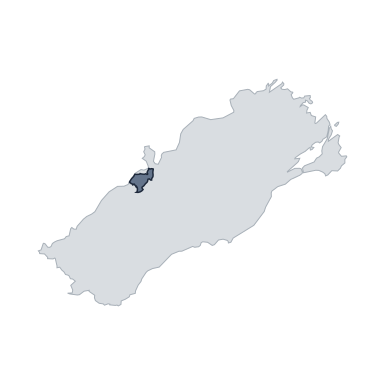 where Gaziantep sits in Turkey, rotated 146°
{"feature_id": "TUR-3016", "entity_name": "Gaziantep", "entity_type": "Province", "adm_level": 1, "iso_a3": "TUR", "parent_name": "Turkey", "parent_adm1": "", "projection": "robinson", "projection_center": [37.547, 37.105], "detail": "fine", "context": "in_parent", "style": "filled", "palette": "slate", "viewbox_px": 384, "rotation_deg": 146, "n_neighbors": 0, "source": "natural_earth", "source_scale": "10m", "svg_char_len": 4949}
<svg xmlns="http://www.w3.org/2000/svg" viewBox="0 0 384 384"><g transform="rotate(146 192 192)"><path d="M295.7,139.7L300.9,141.5L302.6,140.2L307.3,140.4L311.6,141.3L313.8,138.5L316.8,138.8L317.4,140.2L318.9,140.8L323.3,144.4L322.8,144.9L324.0,146.2L327.8,147.1L328.2,148.9L331.2,151.7L332.8,156.0L332.0,158.9L330.4,160.8L332.9,167.2L332.2,168.0L336.9,170.1L342.7,169.8L344.6,170.7L350.3,175.8L351.7,177.7L347.8,175.3L345.7,177.4L344.7,182.4L338.6,183.3L339.6,186.6L341.3,188.1L340.8,191.2L341.3,192.4L343.0,194.4L342.8,197.2L343.6,200.1L343.7,203.6L346.3,204.7L345.2,206.3L342.5,213.4L342.7,214.0L344.6,214.2L349.0,217.5L348.2,218.5L348.9,223.1L352.7,226.1L352.1,227.6L352.3,229.1L349.5,228.4L344.1,232.5L343.5,232.4L342.7,231.0L342.5,226.9L341.1,225.8L339.4,225.6L336.5,227.4L333.7,227.4L331.0,227.0L323.8,224.5L321.2,225.4L318.4,224.4L313.1,229.4L311.5,229.8L310.7,227.3L308.8,225.9L306.4,227.8L297.2,230.2L292.9,230.6L287.7,229.8L283.5,230.0L271.8,235.6L260.6,238.5L250.6,238.3L245.1,234.8L240.9,234.0L228.0,239.3L221.7,239.1L219.6,237.0L214.8,236.1L213.8,238.1L212.7,243.1L214.4,247.7L211.7,248.0L210.0,249.0L209.5,252.4L207.0,253.8L206.2,255.9L205.7,256.0L201.7,254.2L202.8,252.5L200.4,246.2L201.6,244.2L206.8,239.0L206.7,236.0L204.5,233.9L197.9,237.7L197.3,239.1L195.8,240.3L193.3,240.7L181.6,235.8L174.7,240.1L168.8,246.5L164.3,248.8L151.3,250.5L149.0,251.8L144.5,250.4L141.9,248.7L136.0,241.5L124.8,236.1L112.8,234.8L111.7,236.2L111.1,241.7L109.1,247.0L108.1,247.5L105.5,246.2L96.1,249.3L88.3,245.9L87.0,244.4L85.4,238.3L84.3,237.9L83.0,238.7L81.6,238.7L76.1,236.0L73.0,235.9L71.1,238.4L68.1,239.5L68.0,238.8L69.2,237.1L64.5,237.4L61.9,238.7L58.5,237.9L58.8,237.2L61.6,236.4L68.0,235.5L72.1,231.4L57.0,231.6L55.5,232.5L55.3,230.4L56.2,229.4L60.2,228.7L60.0,226.9L57.7,225.0L55.1,224.1L54.0,219.7L52.7,218.5L52.9,217.9L55.4,217.2L56.1,213.9L55.8,212.0L50.9,210.3L49.8,210.4L48.7,208.7L46.7,207.5L44.9,208.5L40.1,205.9L41.1,204.0L42.3,204.0L42.6,202.5L41.7,200.0L41.9,198.8L43.0,198.4L44.2,198.6L45.3,200.1L45.4,203.0L46.6,204.7L47.6,203.0L49.8,203.9L53.8,203.0L54.6,202.3L51.7,202.4L50.7,201.7L48.4,197.0L50.9,195.6L52.8,193.4L49.5,191.9L50.3,188.7L47.5,185.1L51.6,180.5L51.4,179.8L50.2,179.5L38.2,181.5L38.0,179.4L39.0,177.6L39.1,173.2L39.8,170.8L42.0,170.1L44.9,166.6L49.5,162.4L54.0,162.5L55.9,161.4L58.7,161.3L59.4,162.9L61.7,164.1L65.9,163.9L68.0,162.8L66.1,160.8L68.6,160.1L70.4,160.6L69.3,162.8L69.9,163.1L75.4,162.4L81.0,162.9L87.3,162.7L88.2,162.0L83.8,159.7L86.7,157.8L88.3,157.4L101.6,155.6L101.7,155.1L93.6,154.1L89.6,151.5L88.5,150.1L89.4,146.7L90.3,145.8L93.2,145.6L103.1,147.2L110.2,146.3L117.9,148.5L125.3,148.1L126.8,147.0L128.8,143.8L139.4,138.3L143.1,135.4L159.4,129.8L183.6,130.8L187.9,128.6L190.3,129.4L189.6,130.8L189.8,132.1L192.6,135.5L196.9,137.4L202.9,135.8L205.1,136.4L207.2,141.6L210.9,144.7L212.7,144.9L215.0,143.1L217.1,142.9L220.7,144.7L221.9,146.5L233.5,148.6L236.0,150.2L243.8,151.8L261.2,148.1L267.5,150.6L272.9,151.4L275.1,151.0L282.1,148.1L284.3,146.4L288.7,144.9L294.1,141.6L295.7,139.7ZM72.2,130.6L71.6,132.9L72.5,135.4L74.8,139.0L77.2,140.8L88.8,145.6L87.0,150.1L84.0,150.8L74.0,148.6L69.8,150.4L66.9,150.0L62.7,150.8L61.4,153.5L58.4,156.6L50.1,160.5L42.4,168.1L40.2,169.0L41.3,166.5L41.3,164.2L44.7,161.5L49.3,159.5L50.6,157.8L39.1,158.2L38.2,155.8L39.3,155.3L43.3,151.2L43.7,149.5L43.5,145.4L48.2,143.1L48.6,142.1L48.1,138.0L43.9,135.7L44.0,134.6L47.1,133.5L49.0,130.6L53.5,130.1L55.7,128.7L59.5,128.0L64.2,131.5L69.9,130.2L72.2,130.6ZM36.4,167.8L32.5,168.4L31.3,167.8L32.6,166.6L35.6,165.7L36.5,167.0L36.4,167.8Z" fill="#d9dde1" stroke="#a8b0b8" stroke-width="1"/><path d="M238.0,235.4L237.7,235.6L237.3,235.7L234.5,236.9L231.7,237.5L230.7,238.0L229.5,238.7L228.0,237.5L226.5,236.6L225.2,236.0L224.7,236.3L224.0,235.4L222.6,234.1L221.3,233.2L220.2,233.0L219.6,231.9L219.0,231.5L218.5,232.0L218.3,233.3L217.2,234.1L215.8,234.7L214.8,235.6L214.7,235.4L214.4,235.3L214.2,235.2L214.1,234.7L213.8,234.5L212.4,233.9L211.3,232.8L211.7,232.1L212.4,231.5L213.6,230.0L214.5,228.3L215.2,227.3L215.9,226.5L218.0,225.6L218.8,224.5L219.6,225.0L220.1,226.8L221.4,227.2L222.9,225.7L223.9,225.2L226.0,224.9L228.3,224.1L229.3,224.0L230.4,224.0L231.1,223.5L231.3,222.6L231.2,222.0L231.2,221.4L233.1,221.0L234.9,221.1L236.9,221.8L238.3,222.9L238.0,222.9L237.7,222.9L237.4,222.9L237.1,223.1L236.4,224.0L235.8,224.6L235.6,224.8L235.5,225.4L235.4,225.5L235.2,225.6L235.1,225.8L234.9,226.5L235.1,226.7L235.3,226.9L235.5,227.2L235.5,227.7L235.3,227.7L235.2,227.4L234.9,227.5L234.9,227.9L234.9,228.2L235.1,228.5L235.3,228.9L235.5,229.2L235.5,229.3L235.5,229.8L235.4,230.4L235.4,230.7L235.6,230.9L235.8,230.8L236.0,230.9L236.1,231.1L236.3,231.2L236.8,230.9L237.0,230.9L237.2,231.0L237.0,231.7L237.0,232.0L237.3,232.5L237.7,232.9L237.8,233.1L237.8,233.6L237.9,233.8L237.9,234.0L238.2,234.3L238.3,234.5L238.1,234.5L237.9,234.9L238.0,235.2L238.0,235.4L238.0,235.4Z" fill="#64748b" stroke="#1e293b" stroke-width="1.5"/></g></svg>